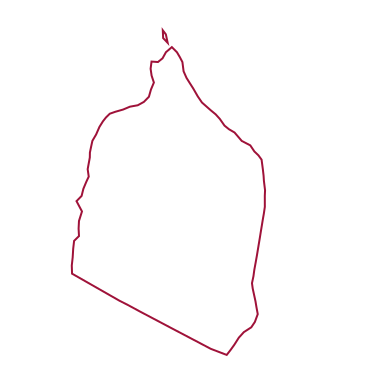 Abaiara, Ceará, Brazil (Albers equal-area conic projection), rotated 25°
{"feature_id": "56859067B4829762701290", "entity_name": "Abaiara", "entity_type": "district", "adm_level": 2, "iso_a3": "BRA", "parent_name": "Brazil", "parent_adm1": "Ceará", "projection": "albers", "projection_center": [-39.042, -7.344], "detail": "fine", "context": "isolated", "style": "outline", "palette": "rose", "viewbox_px": 384, "rotation_deg": 25, "n_neighbors": 0, "source": "geoboundaries", "source_scale": "gbopen_adm2", "svg_char_len": 1317}
<svg xmlns="http://www.w3.org/2000/svg" viewBox="0 0 384 384"><g transform="rotate(25 192 192)"><path d="M292.3,325.0L293.7,318.9L294.9,312.6L296.0,304.2L298.2,297.1L302.9,289.6L303.9,283.2L303.2,274.9L299.2,269.3L295.7,264.2L291.9,259.2L287.8,253.8L284.9,249.3L283.3,242.4L281.4,236.3L279.5,229.0L277.6,221.9L274.5,210.8L272.8,204.7L271.0,198.4L269.3,192.3L267.8,187.0L266.3,181.4L264.3,174.7L259.6,164.7L257.5,159.6L252.4,151.4L250.0,147.0L246.7,141.6L241.4,133.3L236.7,130.7L231.4,128.9L225.1,125.1L215.5,124.7L205.4,120.1L199.0,119.5L193.4,118.1L186.3,114.0L180.6,111.6L174.4,110.0L163.2,106.7L156.8,102.9L149.4,97.7L143.9,94.2L138.8,90.9L133.4,86.2L128.4,78.3L124.1,75.0L119.3,71.7L112.5,69.2L109.3,76.3L108.8,83.3L106.2,88.6L100.2,90.9L102.4,97.8L106.2,103.6L111.2,108.9L111.5,116.5L112.7,123.9L110.3,130.7L106.2,136.3L99.7,140.9L94.7,146.4L88.6,151.7L84.4,155.8L82.5,160.9L81.4,165.6L80.6,172.1L80.8,180.4L80.1,187.7L81.4,193.5L82.8,199.4L84.8,203.9L87.8,215.4L91.9,221.7L91.9,227.5L92.2,235.0L93.6,242.2L91.2,249.1L100.5,256.1L101.8,266.0L104.7,273.1L108.2,279.7L105.8,286.1L108.3,293.6L111.5,301.7L114.1,309.4L117.8,316.7L172.3,321.2L181.6,321.5L194.9,322.3L231.4,324.1L275.3,326.2L292.3,325.0ZM106.9,67.1L101.7,60.2L97.2,57.8L100.8,64.7L106.9,67.1Z" fill="none" stroke="#9f1239" stroke-width="2"/></g></svg>